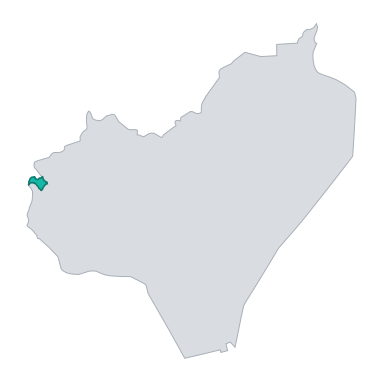 Al-Zibar, Arbil, Iraq (highlighted), rotated 269°
{"feature_id": "34846034B21205760150819", "entity_name": "Al-Zibar", "entity_type": "district", "adm_level": 2, "iso_a3": "IRQ", "parent_name": "Iraq", "parent_adm1": "Arbil", "projection": "orthographic", "projection_center": [44.113, 37.087], "detail": "fine", "context": "in_parent", "style": "filled", "palette": "teal", "viewbox_px": 384, "rotation_deg": 269, "n_neighbors": 0, "source": "geoboundaries", "source_scale": "gbopen_adm2", "svg_char_len": 4339}
<svg xmlns="http://www.w3.org/2000/svg" viewBox="0 0 384 384"><g transform="rotate(269 192 192)"><path d="M148.3,36.7L151.4,36.0L157.2,31.2L160.6,26.8L161.7,26.4L164.7,27.9L166.8,28.3L171.8,26.7L174.8,27.6L177.2,28.8L178.6,28.9L185.3,31.7L186.9,32.1L190.4,32.4L195.5,32.6L198.8,30.8L201.1,29.0L202.8,29.1L204.4,29.5L205.7,30.2L206.8,31.6L207.4,33.5L207.2,39.5L207.7,41.1L208.6,42.2L209.7,42.5L211.1,41.1L213.6,39.2L216.6,37.1L218.8,35.2L220.1,34.5L222.1,34.6L224.1,34.9L225.2,35.8L225.2,36.1L226.2,38.9L229.0,49.5L230.5,50.8L232.2,52.0L233.4,53.5L233.9,55.1L233.8,57.6L233.9,60.4L234.6,62.6L235.6,64.3L236.6,65.1L237.9,65.1L239.6,65.5L240.7,67.2L244.4,79.2L244.8,80.8L246.3,81.2L248.8,81.0L251.3,82.2L254.0,84.1L256.6,87.7L258.4,88.3L263.7,87.7L271.1,88.1L274.6,89.9L274.2,91.1L271.6,92.5L267.0,94.1L265.6,96.7L264.9,100.1L265.1,102.0L266.3,104.1L269.7,108.1L269.9,109.6L270.5,111.7L271.2,113.1L270.5,115.9L267.6,117.8L263.6,120.0L255.8,129.3L255.3,131.3L255.4,136.8L254.6,138.4L252.1,138.4L250.1,138.1L250.0,140.0L248.8,142.6L248.1,144.8L251.1,150.0L251.7,152.8L251.3,155.3L248.6,159.7L247.0,162.6L247.4,163.3L249.6,164.4L256.4,173.8L258.6,177.2L261.4,176.2L262.4,176.3L263.3,176.8L263.8,177.9L263.8,179.4L263.1,181.5L266.8,182.3L268.1,184.5L272.5,191.8L272.3,194.0L270.4,197.6L270.4,199.9L270.9,202.0L271.6,202.7L277.8,202.9L280.5,203.6L287.0,207.3L294.6,212.9L300.7,217.5L306.0,221.4L311.5,221.0L313.0,221.6L314.5,222.9L316.2,226.1L319.6,233.6L322.4,236.0L326.7,241.9L330.8,247.4L328.5,255.2L326.2,263.3L326.6,273.6L326.8,279.2L332.1,279.2L338.1,279.2L338.4,285.8L338.7,292.5L339.0,300.1L340.8,300.3L343.6,301.8L344.9,304.2L346.5,305.5L348.3,305.6L350.2,306.8L352.0,308.9L352.7,310.5L352.3,311.7L352.8,313.6L354.1,316.5L355.7,317.7L358.1,319.3L354.9,320.4L351.5,319.8L344.0,316.8L341.6,316.8L338.5,318.2L338.4,319.3L330.5,315.9L327.7,315.2L326.7,315.2L322.2,315.4L315.9,316.3L312.2,317.9L309.6,319.6L308.5,321.3L308.1,322.1L306.2,326.8L304.0,332.9L301.7,338.3L297.1,346.0L294.5,349.5L289.0,356.2L282.9,357.6L268.6,356.7L252.8,355.5L237.1,354.3L225.4,353.3L224.5,353.0L213.0,343.8L203.9,336.5L192.5,327.3L181.0,317.9L169.4,308.4L161.0,301.4L150.8,292.4L141.6,284.1L134.4,277.6L125.1,271.8L117.8,267.3L107.3,260.6L98.9,255.3L91.8,250.7L80.8,243.6L77.1,241.6L65.6,238.9L54.7,236.5L43.4,234.0L36.0,232.3L41.2,227.8L39.8,223.4L36.2,224.0L32.8,224.9L31.1,218.1L33.7,217.4L31.7,208.6L29.7,199.6L27.8,190.8L25.9,181.8L35.6,176.7L42.9,172.8L53.0,167.4L62.7,162.1L71.9,157.0L82.1,151.4L91.1,146.4L99.3,144.5L101.1,142.9L105.0,135.7L108.3,129.5L108.5,128.0L108.8,119.1L109.6,108.7L110.8,103.2L112.8,98.3L114.5,94.7L114.8,91.4L114.7,88.0L113.1,82.7L111.5,77.3L111.9,72.1L112.3,69.3L113.5,64.9L115.5,61.7L117.5,59.8L125.1,57.9L129.6,56.8L135.7,51.2L139.3,47.9L144.3,42.5L148.0,38.6L148.3,37.3L148.3,36.7Z" fill="#d9dde1" stroke="#a8b0b8" stroke-width="1"/><path d="M196.2,41.3L196.2,41.5L196.4,41.7L196.5,41.8L196.7,42.0L197.0,42.2L197.2,42.3L197.4,42.5L197.6,42.7L197.7,42.8L198.3,42.9L198.7,42.9L198.8,43.1L199.0,43.3L199.2,43.5L199.5,43.7L200.3,44.2L201.0,44.7L201.5,45.0L201.6,45.3L201.8,45.5L201.9,45.8L202.0,46.1L202.4,46.2L202.6,46.3L202.8,46.4L202.8,47.5L203.3,47.4L203.6,47.3L204.1,47.3L204.3,47.3L204.5,46.7L204.4,45.9L205.1,45.8L205.5,45.2L206.0,44.3L206.9,44.0L207.5,43.6L208.0,43.4L208.3,43.3L208.6,43.2L209.2,43.2L209.6,43.0L210.0,42.8L210.4,42.6L210.2,42.6L209.8,42.6L209.4,42.4L209.2,41.9L209.0,41.5L208.8,41.1L208.6,40.8L208.5,40.6L208.5,40.3L208.6,40.0L208.6,39.8L208.6,39.6L208.5,39.4L208.0,39.1L207.8,39.0L207.5,38.6L207.2,38.0L207.2,37.5L207.3,37.2L207.6,36.6L207.9,36.3L208.2,35.9L208.4,35.3L208.7,35.4L208.9,35.4L209.2,35.4L209.5,35.3L209.7,35.1L210.0,34.6L210.0,34.2L209.7,33.8L209.6,33.5L209.7,33.1L209.7,32.7L209.6,32.3L209.5,31.9L209.0,31.3L208.4,30.5L208.2,30.4L207.6,30.2L206.9,29.9L206.5,29.6L206.2,29.6L205.9,29.5L205.6,29.3L205.2,29.0L204.9,29.0L204.4,29.1L203.8,29.1L203.2,29.0L202.7,28.7L202.4,28.7L202.0,28.8L202.2,29.1L202.7,29.6L202.9,29.8L203.9,30.2L204.0,31.2L203.9,32.4L204.0,32.8L204.1,33.0L204.1,33.9L204.1,34.1L203.8,34.1L203.5,34.2L203.4,34.4L203.2,34.8L203.2,35.3L203.2,35.8L202.5,36.2L202.1,36.3L201.8,36.5L201.5,36.8L200.7,37.6L200.2,38.1L199.9,38.3L198.6,38.9L198.0,39.2L197.6,40.0L197.3,40.5L197.0,40.6L196.6,40.8L196.3,41.0L196.2,41.3Z" fill="#14b8a6" stroke="#0f766e" stroke-width="1.5"/></g></svg>